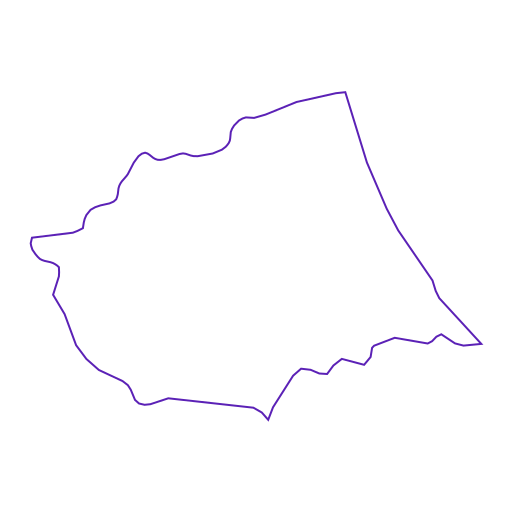 outline of Teramo
{"feature_id": "ITA-5419", "entity_name": "Teramo", "entity_type": "Province", "adm_level": 1, "iso_a3": "ITA", "parent_name": "Italy", "parent_adm1": "", "projection": "robinson", "projection_center": [13.64, 42.661], "detail": "fine", "context": "isolated", "style": "outline", "palette": "violet", "viewbox_px": 512, "rotation_deg": 0, "n_neighbors": 0, "source": "natural_earth", "source_scale": "10m", "svg_char_len": 1463}
<svg xmlns="http://www.w3.org/2000/svg" viewBox="0 0 512 512"><path d="M345.3,92.2L366.9,162.5L386.7,208.7L398.2,230.4L432.5,280.5L435.7,290.9L439.3,298.2L481.3,343.9L463.5,345.6L455.0,343.4L441.3,334.3L436.4,336.7L432.1,341.2L427.7,343.5L394.7,337.8L374.1,345.7L372.1,347.8L370.6,357.0L364.1,364.8L341.8,358.9L333.4,365.5L327.1,374.0L319.3,373.5L310.6,369.8L301.1,368.7L293.1,375.7L273.0,407.3L268.2,419.8L261.8,412.5L253.4,407.7L168.3,398.3L150.4,404.2L144.6,404.8L139.0,403.5L135.0,399.9L130.8,389.8L127.9,385.2L122.6,381.1L98.9,370.0L86.4,359.0L76.1,345.2L64.6,314.1L53.1,294.8L58.9,276.4L59.1,272.3L58.9,267.2L57.2,265.6L55.3,264.3L53.1,263.1L50.5,262.2L44.6,260.9L42.0,260.0L39.9,258.9L37.7,256.8L35.5,254.2L32.4,249.7L31.2,246.0L30.7,243.3L32.0,237.7L72.9,232.7L77.5,230.9L82.9,228.2L83.8,222.4L84.7,218.9L86.4,215.0L90.6,209.8L95.2,207.2L100.5,205.4L109.5,203.4L113.6,201.6L116.2,199.3L117.1,196.9L117.8,194.2L118.5,188.4L119.3,185.7L120.4,183.5L121.8,181.4L126.4,176.1L127.8,174.2L133.8,162.6L138.5,156.2L141.8,153.7L145.1,152.7L147.5,153.5L149.6,154.9L153.2,157.8L155.3,159.0L157.7,159.8L160.6,159.9L164.3,159.2L179.5,154.0L183.0,153.4L185.7,153.8L190.7,155.5L193.5,156.1L197.7,156.2L212.7,153.5L221.9,149.7L225.7,146.8L227.2,145.1L228.7,143.1L229.8,140.7L230.2,138.3L230.8,132.0L232.0,128.9L234.1,125.5L239.0,120.5L242.5,118.5L245.9,117.4L254.1,117.9L265.5,114.6L296.5,102.0L335.9,93.2L345.3,92.2Z" fill="none" stroke="#5b21b6" stroke-width="2"/></svg>